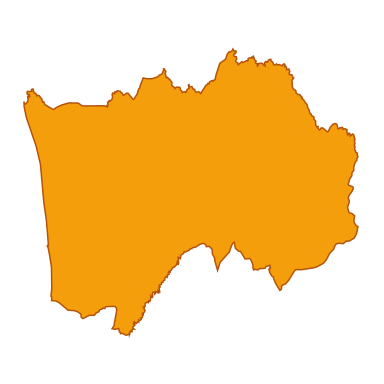 Lamae, Chumphon, Thailand (Equal Earth projection), rotated 179°
{"feature_id": "78962969B32380434667170", "entity_name": "Lamae", "entity_type": "district", "adm_level": 2, "iso_a3": "THA", "parent_name": "Thailand", "parent_adm1": "Chumphon", "projection": "equal_earth", "projection_center": [99.012, 9.761], "detail": "fine", "context": "isolated", "style": "filled", "palette": "amber", "viewbox_px": 384, "rotation_deg": 179, "n_neighbors": 0, "source": "geoboundaries", "source_scale": "gbopen_adm2", "svg_char_len": 5938}
<svg xmlns="http://www.w3.org/2000/svg" viewBox="0 0 384 384"><g transform="rotate(179 192 192)"><path d="M334.1,89.7L334.3,85.9L330.0,85.4L326.3,83.3L318.0,76.0L311.7,75.4L308.5,74.3L305.2,71.8L304.9,68.6L303.2,67.3L296.9,70.5L291.8,70.4L289.8,72.8L287.0,74.0L286.7,75.3L285.9,76.0L283.5,76.8L283.3,77.5L281.3,77.0L280.3,78.9L271.2,79.0L269.6,77.3L269.4,74.8L272.4,59.5L274.3,56.7L271.6,56.1L267.6,56.7L267.0,53.3L266.2,53.1L265.9,51.7L263.8,51.7L260.1,49.8L257.2,51.3L257.1,50.2L256.6,51.3L256.8,53.1L254.7,53.4L255.2,54.1L254.3,54.0L254.5,55.0L253.8,56.0L252.3,55.9L253.2,56.6L253.4,58.3L250.9,60.2L251.9,60.0L252.6,60.9L251.8,61.3L252.7,62.0L252.4,62.9L251.7,63.2L250.9,61.7L250.0,61.6L248.2,63.3L247.5,62.8L247.4,65.0L246.4,64.6L245.3,65.2L245.0,65.7L245.6,66.8L244.6,66.7L243.7,67.6L243.6,71.0L242.9,70.3L242.6,72.0L241.5,72.9L241.0,74.4L242.1,76.2L241.7,77.2L242.5,77.8L241.3,78.0L240.8,78.8L240.8,81.4L238.9,82.7L237.6,82.1L237.3,83.8L236.0,83.3L234.9,87.4L235.1,88.7L233.6,87.2L233.1,87.7L233.6,90.0L233.1,92.3L231.1,92.7L231.3,90.4L230.3,91.3L229.6,93.1L228.5,92.5L227.9,93.1L227.5,91.6L226.9,91.7L227.5,94.1L226.1,93.0L226.5,97.2L225.5,97.6L226.4,99.2L224.2,100.2L224.2,101.9L222.7,102.1L222.3,103.6L220.7,104.5L220.7,106.5L219.5,107.4L218.5,107.1L218.8,108.0L218.1,108.2L217.9,109.6L216.4,110.1L217.1,111.7L216.5,112.7L216.0,111.9L215.3,112.0L215.1,113.8L214.3,114.0L212.3,117.0L211.0,117.3L208.8,119.3L208.6,121.0L208.2,121.0L208.2,120.2L207.0,119.9L206.4,122.0L207.9,122.9L206.6,124.0L206.9,126.9L204.8,125.6L204.1,129.0L201.4,130.8L200.9,132.6L199.6,132.1L195.8,133.8L195.1,135.0L193.0,135.4L192.5,136.3L189.4,136.8L184.3,139.9L180.9,140.4L178.9,138.6L178.7,137.1L175.9,137.4L172.9,134.4L172.7,129.7L170.6,125.7L170.4,122.8L167.8,113.2L165.1,121.2L155.8,131.2L153.6,137.2L152.2,139.9L150.9,141.1L150.4,140.5L149.7,135.1L146.6,132.1L144.4,131.6L140.1,124.1L135.7,124.5L134.5,123.6L132.3,117.9L132.4,115.2L131.7,113.0L130.7,113.6L127.4,112.9L126.0,114.2L120.4,114.4L119.2,116.4L115.2,117.2L115.5,115.6L115.0,115.3L115.0,114.2L116.5,113.4L115.6,110.1L113.8,106.7L112.6,106.0L110.1,99.5L105.9,92.1L104.9,92.5L104.3,93.5L103.9,96.5L102.8,97.5L100.3,98.3L96.8,102.1L91.1,111.1L89.6,112.6L83.9,112.4L71.6,114.1L68.4,115.0L61.9,118.4L58.8,122.1L55.5,128.1L51.3,132.4L49.9,136.0L48.7,137.5L46.1,138.2L41.6,137.7L38.9,140.1L35.3,140.3L30.5,143.3L28.2,147.5L26.7,154.6L28.3,155.2L30.4,158.8L30.6,160.9L29.8,165.3L32.1,167.5L35.3,168.6L36.8,173.8L35.0,179.0L35.0,180.7L35.8,183.1L35.4,185.2L31.5,190.6L30.7,192.9L31.1,194.4L35.3,196.0L35.7,196.8L34.0,202.4L31.9,205.4L31.7,208.4L29.8,211.0L29.9,214.1L28.9,217.2L27.9,219.6L26.8,220.4L26.6,222.2L25.5,224.4L26.1,226.1L26.1,228.0L27.7,229.0L27.8,230.4L28.7,231.8L28.2,234.5L28.9,235.3L28.2,238.0L28.7,239.5L28.1,242.2L28.8,243.2L29.2,246.3L30.5,247.2L32.7,245.2L33.3,247.9L34.0,248.1L35.3,246.4L36.2,249.2L35.9,251.6L37.8,252.6L39.9,252.0L40.1,253.4L40.9,254.1L41.8,253.5L43.0,253.7L43.6,252.7L44.8,252.6L45.8,256.7L47.2,258.0L49.9,257.3L52.6,254.3L54.9,249.9L55.5,249.7L60.2,253.8L61.8,253.7L63.3,251.8L64.9,253.3L64.8,255.3L66.1,255.0L67.2,257.0L67.1,260.6L69.1,263.1L68.7,264.0L69.1,265.3L70.7,265.9L71.4,267.6L72.8,268.6L73.4,271.9L74.6,273.8L75.5,277.6L77.5,279.8L78.7,282.2L79.8,282.8L80.2,284.4L80.8,284.2L81.0,285.8L81.7,286.0L82.5,287.5L84.2,287.6L86.1,289.1L86.5,291.6L88.7,293.2L89.8,294.9L90.1,301.9L88.5,304.1L89.3,304.2L89.3,305.8L90.1,307.4L92.6,307.8L92.7,309.3L92.1,311.1L92.8,312.0L92.9,313.3L95.2,312.7L95.4,315.1L96.1,316.1L97.0,315.6L97.3,317.0L96.9,317.7L97.4,318.5L98.6,318.1L99.7,316.6L102.4,317.9L104.4,317.5L105.3,318.6L106.5,317.6L108.0,317.6L108.8,320.2L110.8,321.9L110.8,323.2L111.6,323.4L113.6,322.3L113.8,320.9L114.4,320.4L116.0,321.2L116.9,320.3L117.2,319.2L116.6,316.7L118.7,317.9L119.0,319.1L120.6,319.6L123.4,319.2L123.6,317.7L124.3,316.9L124.4,319.2L125.7,319.2L126.3,320.2L125.5,321.8L126.5,322.3L127.4,324.0L128.4,327.4L128.5,325.3L129.9,325.8L130.0,324.8L131.9,325.2L133.5,324.4L133.9,322.1L135.4,322.3L138.7,320.5L139.8,321.5L143.6,318.5L144.1,320.4L145.4,320.9L146.0,322.0L145.8,323.2L144.9,324.2L145.4,326.5L147.4,326.8L147.9,327.9L147.3,329.9L146.1,329.7L145.3,331.8L145.8,332.3L147.6,332.2L148.6,334.2L149.5,332.5L151.8,331.1L152.4,331.6L154.3,329.3L156.0,324.3L162.0,320.1L166.2,307.7L166.9,303.9L168.3,303.4L169.0,302.4L169.9,303.1L172.5,301.9L173.0,299.9L174.1,300.4L174.9,299.1L176.2,298.4L181.7,290.3L183.4,292.1L186.3,291.7L187.4,293.3L187.6,294.7L189.2,294.9L190.0,297.1L192.7,297.4L193.2,299.4L193.8,298.9L193.1,295.8L195.1,294.6L196.4,291.7L197.2,292.5L199.9,291.7L200.3,293.0L201.7,294.3L202.2,296.8L205.3,297.2L207.3,295.8L207.4,296.7L210.4,298.8L210.1,301.7L211.7,304.3L214.7,307.1L215.3,306.7L215.9,307.2L216.7,311.3L216.0,312.9L217.8,315.7L218.3,315.6L218.4,314.1L219.8,310.7L222.9,309.2L224.3,307.7L230.3,305.9L235.5,306.1L238.8,306.9L242.1,298.9L242.2,297.3L243.5,295.8L244.6,293.0L244.8,291.5L248.7,285.5L249.5,285.8L254.2,291.9L255.3,292.1L258.6,289.9L259.4,290.4L260.2,292.2L261.5,292.8L261.9,293.8L264.9,294.6L265.8,293.5L267.2,293.7L267.7,291.3L267.9,292.3L268.3,291.7L269.5,292.3L270.2,290.9L269.8,288.9L270.2,286.4L272.4,284.2L272.8,284.8L273.9,284.2L274.2,283.0L274.8,282.9L274.4,280.9L275.1,278.8L275.6,279.9L276.8,279.0L278.4,279.7L300.2,280.0L304.2,282.9L313.7,283.2L320.7,281.3L326.1,278.9L329.1,276.8L337.4,281.8L338.7,284.8L339.7,284.4L340.8,288.3L341.7,288.6L342.8,290.8L344.5,291.4L345.4,290.8L346.5,293.4L348.1,293.7L348.5,295.4L349.1,295.5L348.7,296.8L349.2,297.8L350.7,297.3L351.1,295.2L354.7,295.5L355.3,294.3L354.8,292.2L352.9,292.4L352.6,290.2L353.0,289.9L354.0,290.6L354.7,290.1L354.3,287.3L354.7,285.3L357.0,282.8L357.8,282.9L358.5,285.3L358.3,279.9L356.4,269.7L347.1,240.8L343.1,222.7L340.3,183.7L338.2,167.3L337.3,155.0L336.5,141.0L337.1,140.3L337.5,141.7L337.6,140.4L336.8,138.8L335.5,131.4L333.8,119.1L333.9,97.7L334.8,90.3L334.1,89.7Z" fill="#f59e0b" stroke="#b45309" stroke-width="1.5"/></g></svg>